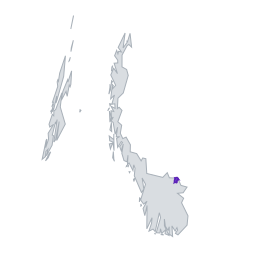 Kongsvinger nor, Hedmark, Norway (highlighted), rotated 283°
{"feature_id": "86288312B35132489533254", "entity_name": "Kongsvinger nor", "entity_type": "district", "adm_level": 2, "iso_a3": "NOR", "parent_name": "Norway", "parent_adm1": "Hedmark", "projection": "equal_earth", "projection_center": [12.12, 60.19], "detail": "fine", "context": "in_parent", "style": "filled", "palette": "violet", "viewbox_px": 256, "rotation_deg": 283, "n_neighbors": 0, "source": "geoboundaries", "source_scale": "gbopen_adm2", "svg_char_len": 4676}
<svg xmlns="http://www.w3.org/2000/svg" viewBox="0 0 256 256"><g transform="rotate(283 128 128)"><path d="M154.8,111.5L144.5,113.3L146.2,114.6L143.8,118.2L131.8,116.7L129.3,121.2L121.1,121.7L116.5,125.3L118.7,128.2L112.2,134.1L105.3,135.5L105.0,142.2L98.9,148.2L102.1,149.1L102.1,152.3L87.9,156.5L87.7,173.0L93.3,176.3L88.8,179.5L90.3,187.7L84.0,192.5L83.7,198.8L77.3,196.3L75.5,190.9L72.1,198.0L67.2,197.0L55.9,206.2L46.6,207.4L35.1,200.7L36.0,197.9L39.8,199.3L41.9,198.1L38.2,197.1L42.5,192.8L32.3,195.9L33.9,192.0L41.1,190.4L37.3,190.0L40.7,186.5L47.5,183.9L40.9,185.5L32.6,192.1L33.3,187.9L37.1,187.5L33.0,184.6L37.1,182.3L32.9,182.8L32.3,179.1L48.0,179.9L52.5,177.6L33.2,177.8L35.1,175.1L32.2,171.6L40.5,172.4L46.0,171.6L34.0,169.0L56.8,164.0L46.4,164.1L52.9,160.8L60.9,163.0L57.4,160.3L60.7,156.5L77.2,157.7L82.5,153.0L71.9,157.2L68.2,155.6L82.8,144.9L90.4,143.9L93.4,141.9L87.6,142.4L94.2,136.9L92.3,135.7L101.5,134.1L94.8,134.7L95.4,131.4L101.9,127.7L111.4,127.0L104.3,126.5L108.0,124.1L112.7,125.9L113.3,124.5L106.8,122.3L115.4,119.2L117.7,121.8L116.8,118.5L126.4,117.7L119.0,116.9L130.1,112.3L131.0,110.0L135.4,111.2L133.5,109.9L141.0,107.6L140.9,110.4L145.4,106.6L144.2,111.0L148.6,109.7L147.5,106.9L157.1,107.4L152.5,104.6L161.7,103.6L166.8,106.4L175.8,99.3L183.0,100.6L178.6,105.5L188.0,99.9L189.1,103.4L191.8,102.7L195.4,98.7L201.1,99.5L198.0,101.5L200.6,101.6L200.6,104.5L204.3,100.3L219.9,103.8L204.9,105.2L211.8,108.1L220.7,108.7L207.6,113.3L209.6,110.0L208.0,108.6L197.7,105.8L186.2,108.4L184.7,113.5L179.3,116.4L161.1,115.5L154.8,111.5ZM113.9,50.2L124.2,51.2L123.2,52.9L127.9,52.0L129.8,53.4L147.5,55.7L133.2,57.3L117.7,66.0L99.8,61.3L118.8,59.5L100.3,60.1L97.6,58.9L120.3,57.1L115.6,56.7L117.7,56.0L104.1,55.8L103.8,57.1L94.2,57.9L82.6,54.8L89.3,54.8L86.6,53.3L81.6,54.0L78.2,51.4L97.6,51.0L99.0,51.4L90.3,52.2L99.3,53.1L104.9,51.4L114.8,54.7L111.3,51.6L113.9,50.2ZM136.1,48.6L152.7,50.2L157.1,48.6L159.1,48.8L157.9,49.7L166.1,49.1L184.3,50.8L163.8,53.7L139.1,52.5L136.1,52.1L143.2,51.4L129.9,51.4L126.9,50.7L130.7,50.3L124.6,49.9L133.8,50.0L132.6,49.1L136.4,49.5L136.1,48.6ZM149.0,56.3L161.3,58.3L159.2,59.1L171.0,60.2L157.6,62.5L155.1,62.3L156.6,61.1L145.2,61.6L149.7,59.4L140.1,56.8L149.0,56.3ZM113.5,116.7L119.1,115.5L102.8,119.5L111.0,116.3L111.4,113.1L116.0,111.5L113.5,116.7ZM122.1,110.8L129.8,110.6L120.9,112.9L122.1,110.8ZM129.6,109.1L140.3,106.1L134.7,109.3L129.6,109.1ZM77.4,55.0L85.6,57.0L87.4,58.0L81.0,56.9L77.4,55.0ZM108.3,113.4L109.7,116.3L103.6,115.6L108.3,113.4ZM166.7,100.6L162.6,102.5L156.7,101.7L163.4,101.3L166.7,100.6ZM167.6,102.0L165.9,104.2L163.4,103.6L167.6,102.0ZM96.0,119.7L101.8,119.0L95.5,120.9L96.0,119.7ZM224.8,49.7L211.6,50.0L225.3,49.6L224.8,49.7ZM193.5,54.7L201.2,55.0L189.6,55.2L193.5,54.7ZM179.6,99.1L183.9,98.6L185.4,99.1L179.6,99.1ZM170.4,101.4L169.6,102.6L168.3,101.6L170.4,101.4ZM147.5,104.6L147.6,105.9L145.9,105.4L147.5,104.6ZM135.0,77.2L134.6,78.2L132.5,77.4L135.0,77.2ZM184.0,55.9L180.4,55.8L180.0,55.5L184.0,55.9ZM79.3,144.9L80.5,146.0L77.2,145.8L79.3,144.9ZM140.1,104.4L142.3,104.8L143.6,105.5L140.1,104.4ZM127.0,49.0L128.5,49.5L126.2,49.3L127.0,49.0ZM62.3,155.6L58.5,155.7L62.5,155.0L62.3,155.6ZM56.9,157.6L55.4,158.6L54.8,158.1L56.9,157.6ZM94.5,121.2L92.5,122.3L94.7,120.5L94.5,121.2ZM32.3,185.1L31.8,186.8L31.6,184.5L32.3,185.1ZM90.8,135.9L90.0,135.0L91.1,135.1L90.8,135.9ZM212.6,106.9L212.3,107.9L212.1,107.7L212.6,106.9ZM91.9,136.8L89.8,137.0L92.3,136.6L91.9,136.8ZM85.7,138.9L85.9,139.8L84.8,139.5L85.7,138.9ZM31.7,177.7L30.7,178.7L31.0,177.9L31.7,177.7Z" fill="#d9dde1" stroke="#a8b0b8" stroke-width="1"/><path d="M89.3,188.9L89.6,188.5L89.9,188.4L90.0,188.3L90.3,188.0L90.4,187.8L90.8,186.9L90.6,186.6L90.5,186.1L90.4,186.1L90.3,185.9L90.2,185.9L90.1,185.7L89.9,185.4L89.9,185.2L89.8,185.3L89.7,185.3L89.4,185.3L89.4,185.2L89.2,185.2L89.2,185.3L89.1,185.2L88.9,185.0L88.7,185.0L88.7,185.3L88.8,185.4L88.5,185.5L88.3,185.5L88.4,185.8L88.3,185.7L88.2,185.7L87.9,185.5L87.8,185.4L87.7,185.4L87.4,185.3L87.2,185.3L87.1,185.2L86.9,185.2L86.9,185.3L86.7,185.3L86.7,185.2L86.0,185.4L85.9,185.4L85.8,185.5L85.8,185.4L85.8,185.5L85.7,185.4L85.4,185.4L85.2,185.4L85.3,185.5L85.6,185.7L85.7,185.8L85.8,185.8L85.9,186.0L86.0,186.1L86.0,186.3L85.8,186.4L85.7,186.4L85.7,186.5L85.8,186.6L85.7,186.8L85.7,187.0L85.8,187.0L85.9,187.3L85.7,187.4L85.7,187.5L85.8,187.5L85.7,187.7L85.8,187.8L86.0,187.9L86.3,187.9L86.6,187.9L87.0,187.8L87.1,187.7L87.3,187.6L87.5,187.5L87.5,187.4L87.8,187.4L88.4,187.4L88.5,187.4L88.5,187.5L88.7,187.8L88.4,187.9L88.4,188.0L88.5,188.0L88.8,188.1L89.0,188.1L88.9,188.3L89.0,188.3L89.1,188.5L89.2,188.8L89.3,188.8L89.3,188.9Z" fill="#8b5cf6" stroke="#5b21b6" stroke-width="1.5"/></g></svg>